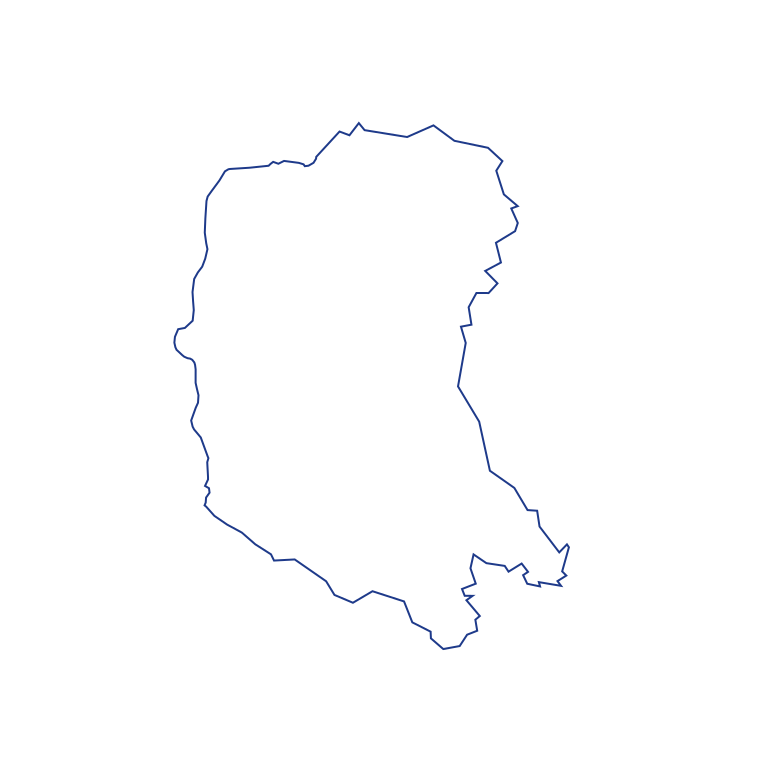 the district of Chucher - Sandevo, Čučer Sandevo, North Macedonia, rotated 329°
{"feature_id": "65306769B58175225548943", "entity_name": "Chucher - Sandevo", "entity_type": "district", "adm_level": 2, "iso_a3": "MKD", "parent_name": "North Macedonia", "parent_adm1": "Čučer Sandevo", "projection": "equal_earth", "projection_center": [21.395, 42.146], "detail": "fine", "context": "isolated", "style": "outline", "palette": "blue", "viewbox_px": 768, "rotation_deg": 329, "n_neighbors": 0, "source": "geoboundaries", "source_scale": "gbopen_adm2", "svg_char_len": 1894}
<svg xmlns="http://www.w3.org/2000/svg" viewBox="0 0 768 768"><g transform="rotate(329 384 384)"><path d="M442.9,154.4L441.8,155.9L437.5,158.1L431.7,158.0L428.3,156.5L428.2,154.3L424.9,150.6L413.2,141.3L406.9,140.8L403.4,136.5L400.1,136.9L397.5,137.5L380.2,129.4L362.6,120.3L361.2,119.8L357.2,119.8L347.7,124.8L335.9,129.7L329.4,132.5L326.1,135.7L316.2,150.0L308.3,162.0L304.1,171.8L302.1,177.5L295.3,184.5L288.6,189.8L281.9,192.5L275.4,196.2L267.2,206.6L263.0,214.7L259.0,222.7L252.6,231.2L242.2,233.4L235.8,231.0L229.1,235.9L225.6,240.6L224.1,245.1L223.8,247.9L225.9,255.2L226.8,257.7L228.9,260.7L230.9,262.4L232.1,264.5L232.5,267.9L231.9,270.3L230.1,274.4L223.1,286.0L221.1,292.0L219.2,298.1L214.9,304.3L210.4,307.4L199.9,316.0L198.0,322.0L197.8,325.1L199.4,335.5L195.6,355.1L195.3,357.1L192.2,360.0L185.3,373.0L184.0,375.2L178.1,379.2L180.3,383.2L178.5,387.3L173.0,389.7L170.1,393.8L167.7,395.6L168.4,397.5L170.7,409.7L177.1,423.7L185.6,438.1L191.1,455.1L199.4,471.8L198.8,478.7L217.1,488.4L232.8,523.3L232.9,539.3L244.7,555.5L267.4,555.7L289.2,580.7L285.5,602.9L296.4,620.3L293.2,626.2L298.3,641.7L313.9,647.6L326.1,641.7L336.8,643.5L340.9,633.1L346.6,632.2L343.3,611.8L350.8,611.2L344.1,607.1L345.3,599.9L359.8,602.4L363.2,586.5L373.0,576.2L379.5,590.3L393.8,602.1L394.1,609.0L409.5,608.8L410.7,619.2L404.8,619.5L403.9,629.0L413.5,637.9L414.7,633.6L431.8,648.2L431.2,642.3L441.6,642.1L440.2,636.4L458.4,619.2L458.2,615.7L447.5,618.6L443.9,586.3L450.0,571.5L442.1,566.0L442.2,540.2L430.1,512.9L446.2,465.3L446.2,424.2L475.2,390.9L479.5,374.5L489.5,378.2L496.1,361.8L510.1,353.6L520.5,359.9L533.1,356.2L529.0,339.2L546.8,340.1L552.7,320.6L575.1,320.5L581.6,314.9L583.5,299.1L590.2,300.4L584.4,283.2L590.1,259.0L600.3,253.9L594.8,235.1L569.6,211.8L559.6,187.8L531.0,184.2L498.1,156.4L496.8,147.4L482.5,153.0L475.9,144.7L442.9,154.4Z" fill="none" stroke="#1e3a8a" stroke-width="2"/></g></svg>